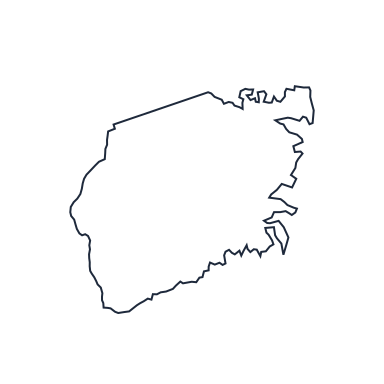 the district of Santo Antônio do Sudoeste, Paraná, Brazil, rotated 21°
{"feature_id": "56859067B76158301560942", "entity_name": "Santo Antônio do Sudoeste", "entity_type": "district", "adm_level": 2, "iso_a3": "BRA", "parent_name": "Brazil", "parent_adm1": "Paraná", "projection": "equal_earth", "projection_center": [-53.606, -26.065], "detail": "fine", "context": "isolated", "style": "outline", "palette": "slate", "viewbox_px": 384, "rotation_deg": 21, "n_neighbors": 0, "source": "geoboundaries", "source_scale": "gbopen_adm2", "svg_char_len": 2483}
<svg xmlns="http://www.w3.org/2000/svg" viewBox="0 0 384 384"><g transform="rotate(21 192 192)"><path d="M250.1,56.4L251.0,60.4L243.2,61.8L242.9,65.4L244.5,69.5L242.2,76.1L238.5,76.4L234.3,73.5L234.4,79.9L231.9,81.1L226.6,82.0L226.4,74.1L223.1,72.1L217.6,75.4L221.0,80.9L222.2,84.3L219.2,84.9L217.2,81.9L213.7,85.2L208.5,82.1L212.9,79.7L212.3,74.4L208.5,76.0L204.8,76.6L201.3,80.4L202.2,86.6L206.7,87.0L207.1,90.7L209.5,96.3L205.9,95.8L200.7,96.1L197.9,94.2L194.0,94.8L190.2,98.2L186.7,95.2L179.0,95.1L174.7,93.1L171.3,93.1L139.3,119.8L94.6,157.1L97.3,160.6L92.0,165.5L93.1,169.9L94.0,173.8L95.8,178.3L95.7,182.8L97.0,186.7L98.8,192.6L94.3,197.1L92.2,201.8L89.7,207.9L87.3,213.6L86.5,218.3L86.9,223.1L88.0,228.5L88.5,233.9L87.3,239.3L85.2,243.9L84.2,249.4L85.6,254.5L87.8,257.7L91.9,260.0L94.7,263.8L97.7,267.7L101.7,271.0L104.9,271.8L107.4,269.7L110.7,270.3L114.3,273.8L115.2,278.5L117.3,282.1L118.2,287.0L119.7,290.5L121.7,294.2L123.1,298.0L125.2,302.1L127.5,304.0L131.4,306.7L134.6,309.6L137.0,312.1L141.1,313.9L144.6,318.6L145.5,322.0L146.8,325.3L149.0,327.5L150.9,331.6L154.8,330.4L157.7,329.8L163.1,331.4L166.5,331.4L171.7,328.4L176.1,326.0L181.2,317.4L183.5,314.3L186.1,311.3L188.9,307.4L192.7,307.0L192.1,301.4L195.9,300.1L198.7,296.9L203.5,294.2L208.9,289.3L210.5,285.2L213.2,279.8L216.3,280.5L223.9,275.9L228.3,274.7L229.6,269.3L232.3,267.7L231.6,261.8L235.6,259.2L234.3,255.7L234.1,251.4L239.3,251.6L243.0,248.2L246.7,249.1L248.9,246.7L244.7,239.6L244.7,235.7L247.3,232.7L251.1,234.5L254.3,234.9L257.3,229.8L260.8,233.7L261.2,228.6L262.1,222.1L264.2,225.2L268.0,227.2L270.2,223.3L273.1,222.6L278.8,227.4L278.1,223.1L282.2,220.9L284.1,215.0L286.8,211.7L284.1,208.5L278.8,204.4L276.1,203.3L273.3,199.3L281.1,195.5L285.1,202.6L287.9,204.8L293.9,208.1L299.8,217.8L299.0,207.5L298.3,199.9L290.3,192.0L283.2,187.9L276.0,193.2L273.3,194.0L269.5,193.0L275.5,187.2L275.8,181.4L281.7,179.1L286.3,176.3L290.7,177.1L293.4,177.7L295.8,174.1L295.9,169.9L292.7,170.2L285.8,170.0L281.7,168.2L277.3,166.9L266.1,169.6L266.8,165.9L270.5,159.5L272.9,152.3L283.8,151.9L284.6,142.3L278.3,140.7L279.9,132.5L278.7,127.1L279.3,123.2L281.4,116.5L278.9,115.3L273.7,117.8L270.2,112.9L277.4,105.7L275.6,103.1L269.5,100.8L261.4,101.4L257.3,99.4L253.2,96.1L249.8,96.5L244.1,95.2L250.4,91.1L254.8,88.3L258.0,87.6L266.9,87.0L268.6,81.9L272.0,81.7L277.4,86.6L279.9,84.4L276.4,72.2L272.0,66.2L268.3,60.9L266.2,54.8L263.8,52.4L258.9,54.4L250.1,56.4Z" fill="none" stroke="#1e293b" stroke-width="2"/></g></svg>